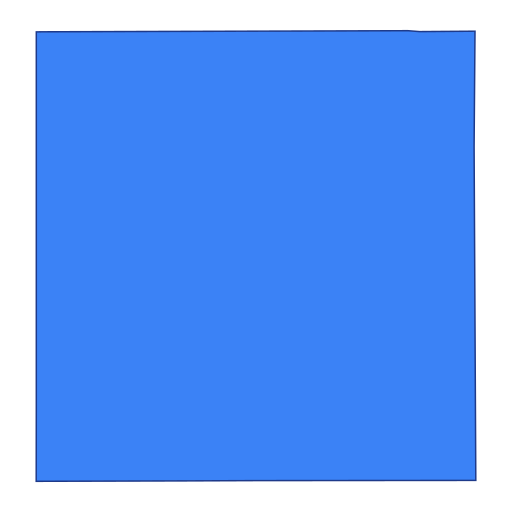 Newton, Mississippi, United States of America
{"feature_id": "52423323B80025699833508", "entity_name": "Newton", "entity_type": "district", "adm_level": 2, "iso_a3": "USA", "parent_name": "United States of America", "parent_adm1": "Mississippi", "projection": "mercator", "projection_center": [-89.133, 32.4], "detail": "fine", "context": "isolated", "style": "filled", "palette": "blue", "viewbox_px": 512, "rotation_deg": 0, "n_neighbors": 0, "source": "geoboundaries", "source_scale": "gbopen_adm2", "svg_char_len": 265}
<svg xmlns="http://www.w3.org/2000/svg" viewBox="0 0 512 512"><path d="M36.3,31.9L36.3,406.8L36.2,481.3L183.4,480.9L256.6,480.6L475.8,480.4L474.1,146.7L475.0,31.2L419.6,31.6L408.0,30.7L41.7,31.8L36.3,31.9Z" fill="#3b82f6" stroke="#1e3a8a" stroke-width="1.5"/></svg>